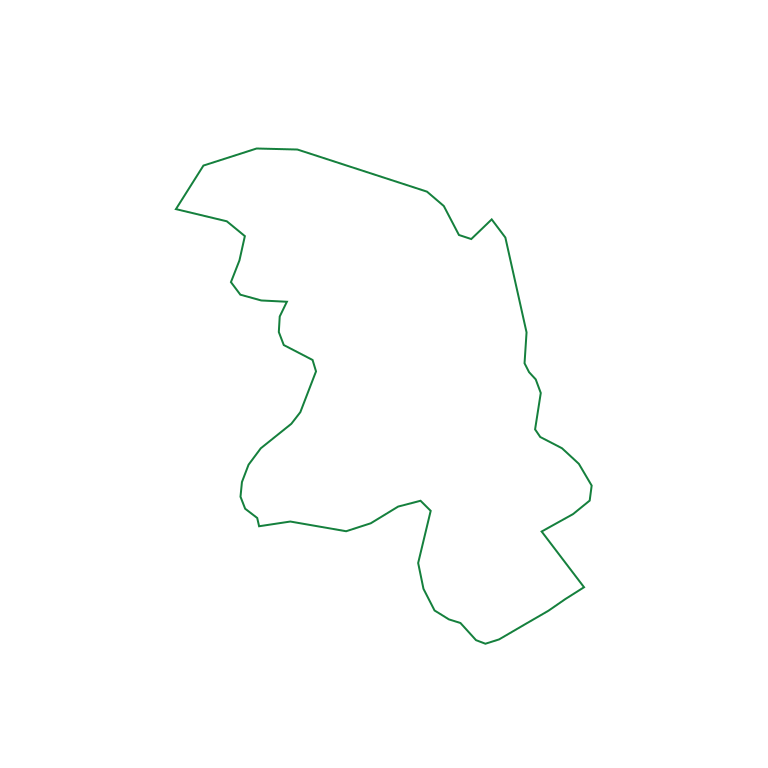 SVG path tracing the border of Monza e Brianza, rotated 232°
{"feature_id": "ITA-5454", "entity_name": "Monza e Brianza", "entity_type": "Province", "adm_level": 1, "iso_a3": "ITA", "parent_name": "Italy", "parent_adm1": "", "projection": "mercator", "projection_center": [9.251, 45.641], "detail": "fine", "context": "isolated", "style": "outline", "palette": "green", "viewbox_px": 768, "rotation_deg": 232, "n_neighbors": 0, "source": "natural_earth", "source_scale": "10m", "svg_char_len": 922}
<svg xmlns="http://www.w3.org/2000/svg" viewBox="0 0 768 768"><g transform="rotate(232 384 384)"><path d="M649.9,327.7L667.3,376.2L648.0,428.6L622.1,460.1L509.1,536.3L487.4,540.7L455.3,534.8L444.5,542.0L447.4,570.2L424.7,569.8L336.9,528.1L313.8,507.5L304.0,505.6L294.2,506.4L280.4,502.0L255.2,475.1L246.0,474.5L223.8,484.7L201.1,488.4L176.1,485.1L165.5,474.3L165.1,452.9L170.7,417.4L100.7,416.5L102.9,394.4L104.1,374.0L107.9,346.7L111.9,317.4L116.9,304.0L125.5,298.8L148.6,297.1L158.6,290.2L174.4,284.4L198.3,289.0L221.9,300.7L255.3,342.7L269.5,340.9L278.7,319.7L282.4,287.8L291.3,263.5L333.3,225.5L348.8,198.0L356.5,201.6L371.2,197.8L383.5,201.5L394.2,211.7L403.8,227.6L409.2,247.3L409.7,286.5L413.3,300.7L435.8,338.2L446.9,342.5L476.4,329.0L489.7,333.1L501.4,343.4L508.6,358.1L525.4,338.7L542.8,325.8L558.5,326.1L570.4,346.2L586.2,365.4L609.0,360.3L649.9,327.7Z" fill="none" stroke="#15803d" stroke-width="2"/></g></svg>